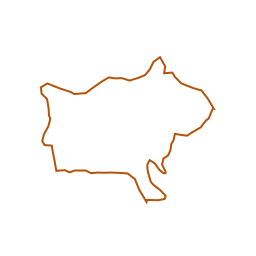 the district of Mousere, Paphos, Cyprus, rotated 239°
{"feature_id": "46923920B16150437689727", "entity_name": "Mousere", "entity_type": "district", "adm_level": 2, "iso_a3": "CYP", "parent_name": "Cyprus", "parent_adm1": "Paphos", "projection": "robinson", "projection_center": [32.705, 34.764], "detail": "fine", "context": "isolated", "style": "outline", "palette": "amber", "viewbox_px": 256, "rotation_deg": 239, "n_neighbors": 0, "source": "geoboundaries", "source_scale": "gbopen_adm2", "svg_char_len": 1213}
<svg xmlns="http://www.w3.org/2000/svg" viewBox="0 0 256 256"><g transform="rotate(239 128 128)"><path d="M100.3,211.5L109.0,211.5L112.5,211.5L122.4,210.3L128.1,204.9L138.7,196.7L147.6,194.5L152.7,194.5L156.3,187.2L161.7,191.6L172.2,191.9L172.2,191.6L171.6,184.0L167.1,177.0L164.6,170.1L165.5,163.4L167.8,153.9L173.9,148.4L177.2,142.5L181.3,137.5L181.3,130.0L180.7,119.8L179.8,111.0L179.6,109.9L184.8,99.4L188.2,97.6L189.3,96.7L196.8,90.1L207.7,81.8L207.7,74.3L201.9,71.6L194.4,73.5L185.6,70.0L179.6,66.8L176.0,66.2L170.4,60.5L165.7,52.4L160.8,47.7L156.3,47.7L152.2,53.6L147.3,51.6L138.3,48.4L128.2,44.5L124.3,52.3L120.1,55.0L119.0,60.5L113.2,70.0L108.4,73.0L105.3,79.3L101.9,84.5L99.0,89.8L93.7,97.9L89.2,104.3L80.6,107.6L69.4,105.8L55.1,105.8L56.5,107.3L50.5,116.8L50.4,117.0L48.3,122.8L50.3,125.3L58.5,123.5L65.8,120.6L70.0,119.8L75.6,121.2L79.3,122.2L82.9,123.6L86.7,125.7L89.3,130.0L84.1,132.7L75.7,133.4L71.0,135.1L70.0,136.9L71.0,137.7L74.1,137.9L79.1,138.4L83.6,142.6L83.8,148.2L87.1,152.9L91.9,156.8L94.1,160.7L98.8,165.2L94.9,169.7L90.9,174.8L91.3,180.6L91.1,190.7L92.6,194.2L94.2,198.6L94.7,202.3L97.4,205.8L99.1,208.1L101.0,210.8L100.3,211.5Z" fill="none" stroke="#b45309" stroke-width="2"/></g></svg>